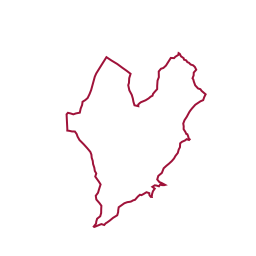 Pelendri, Limassol, Cyprus (orthographic projection), rotated 49°
{"feature_id": "46923920B35219833977838", "entity_name": "Pelendri", "entity_type": "district", "adm_level": 2, "iso_a3": "CYP", "parent_name": "Cyprus", "parent_adm1": "Limassol", "projection": "orthographic", "projection_center": [32.957, 34.891], "detail": "fine", "context": "isolated", "style": "outline", "palette": "rose", "viewbox_px": 256, "rotation_deg": 49, "n_neighbors": 0, "source": "geoboundaries", "source_scale": "gbopen_adm2", "svg_char_len": 2418}
<svg xmlns="http://www.w3.org/2000/svg" viewBox="0 0 256 256"><g transform="rotate(49 128 128)"><path d="M88.8,90.5L83.9,91.5L78.6,92.8L72.7,94.1L66.2,96.2L60.4,97.8L63.9,109.4L66.0,116.2L67.5,119.4L75.1,130.8L77.2,134.8L78.9,138.8L78.9,141.9L78.4,145.1L80.5,147.5L82.3,151.0L84.8,154.3L82.8,157.8L81.8,160.3L79.3,161.8L77.1,163.4L77.3,164.6L77.4,165.4L89.0,174.5L90.1,175.5L91.7,174.1L93.9,172.5L95.8,170.4L98.9,170.7L101.4,171.7L105.3,172.5L108.0,172.3L111.4,172.1L116.3,172.0L121.3,172.1L124.1,173.1L126.6,174.9L129.7,176.2L132.3,178.0L135.9,179.5L138.6,181.2L141.5,181.8L143.2,184.6L149.4,185.2L152.6,185.7L155.2,190.0L157.2,193.1L158.0,196.8L161.2,198.8L165.9,198.8L169.2,199.1L171.5,201.3L174.6,204.1L176.4,206.9L176.2,210.8L177.7,213.2L179.2,214.9L179.8,217.9L179.9,218.5L180.5,218.4L180.9,217.5L181.8,214.8L182.5,212.7L183.1,211.1L185.6,209.6L185.3,207.4L185.6,205.6L185.9,202.4L186.0,198.2L186.5,195.2L186.8,193.4L185.0,190.6L183.8,189.5L181.7,187.0L182.0,184.2L182.4,180.1L183.5,177.2L185.0,174.9L185.6,173.6L185.9,171.8L186.8,169.8L186.2,165.5L186.2,162.8L187.5,161.9L188.0,159.7L188.6,156.2L191.1,154.7L192.6,155.8L194.9,156.0L195.6,155.3L195.4,155.2L193.6,153.1L192.1,150.7L191.3,147.6L188.4,148.2L188.8,145.4L190.2,144.2L192.3,142.9L191.8,140.8L193.3,139.9L194.8,138.3L195.3,137.3L191.6,138.7L189.3,139.8L186.0,139.7L184.0,136.5L184.1,131.9L181.8,127.5L181.7,123.8L181.8,120.7L181.7,116.7L181.2,113.3L180.2,110.5L179.5,106.8L177.5,103.8L176.6,101.4L173.8,98.7L173.8,96.4L174.8,93.2L174.9,91.1L177.1,89.8L177.0,88.9L175.9,89.1L173.6,88.0L171.6,87.3L170.7,87.9L168.7,87.3L165.4,86.8L163.2,84.8L160.9,83.4L159.2,80.3L158.1,76.3L156.2,71.3L155.7,69.4L155.2,66.7L154.6,61.9L155.4,55.7L156.3,53.0L154.7,50.2L153.5,47.3L148.3,48.1L146.2,47.9L144.1,49.2L139.9,49.3L136.0,47.8L134.3,46.9L132.8,46.7L131.4,44.0L129.3,42.0L128.8,38.3L125.9,37.5L123.5,37.7L122.3,38.4L121.1,39.1L118.8,39.2L117.2,40.0L115.2,39.7L113.1,40.9L111.9,40.2L110.5,40.5L108.7,41.0L106.0,40.3L104.7,40.7L105.1,41.2L106.0,41.2L105.7,43.0L105.3,45.5L105.5,47.4L103.2,49.7L105.8,58.4L105.9,61.9L104.9,64.3L105.5,67.7L109.9,71.4L111.6,74.6L115.1,78.1L117.8,80.5L118.3,84.6L118.7,86.8L119.7,88.3L119.2,90.4L119.2,93.0L118.6,96.6L117.8,99.0L117.0,101.4L116.9,102.9L117.0,104.9L118.3,105.9L115.1,108.2L111.8,106.7L108.9,105.0L105.4,103.4L100.5,102.3L95.8,99.7L94.6,97.7L91.2,94.4L88.8,90.5Z" fill="none" stroke="#9f1239" stroke-width="2"/></g></svg>